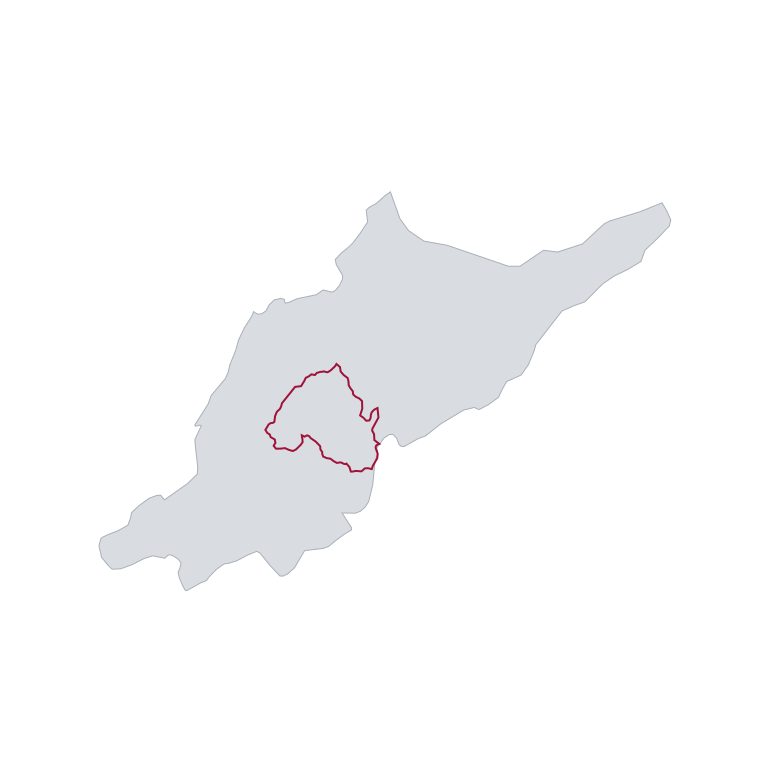 Shida Kartli on a map of Georgia (Mercator projection), rotated 123°
{"feature_id": "GEO-3039", "entity_name": "Shida Kartli", "entity_type": "Region", "adm_level": 1, "iso_a3": "GEO", "parent_name": "Georgia", "parent_adm1": "", "projection": "mercator", "projection_center": [44.031, 42.172], "detail": "fine", "context": "in_parent", "style": "outline", "palette": "rose", "viewbox_px": 768, "rotation_deg": 123, "n_neighbors": 0, "source": "natural_earth", "source_scale": "10m", "svg_char_len": 3607}
<svg xmlns="http://www.w3.org/2000/svg" viewBox="0 0 768 768"><g transform="rotate(123 384 384)"><path d="M394.3,532.8L394.5,530.5L393.8,527.0L391.0,524.5L387.0,522.8L379.8,523.4L373.1,521.7L368.4,517.2L367.3,513.8L370.0,511.0L368.0,508.7L359.7,503.2L346.0,489.4L338.3,486.3L335.3,477.7L332.2,475.8L325.7,475.0L318.9,475.9L317.4,476.8L315.3,478.2L309.9,489.0L306.1,492.7L296.9,491.0L289.2,488.4L283.0,487.0L270.9,486.1L257.1,485.9L247.9,493.6L243.9,492.6L236.8,488.8L225.5,485.7L219.4,483.3L236.8,460.5L242.0,446.9L242.2,438.7L242.4,428.3L233.3,406.7L225.6,376.0L217.5,343.8L211.2,334.1L184.9,323.0L178.8,310.3L158.4,293.8L130.1,286.7L124.5,283.6L99.8,262.9L80.6,249.5L84.7,241.4L90.2,232.8L96.2,230.8L113.6,234.1L129.6,238.0L141.3,235.2L155.2,242.0L168.0,249.7L180.7,255.1L205.7,260.3L215.0,267.4L225.8,274.5L268.4,278.1L271.8,277.0L274.9,276.0L289.2,273.4L301.8,273.9L315.2,282.5L323.7,282.0L332.8,280.7L344.5,285.2L353.7,290.4L354.5,295.5L362.6,303.1L386.0,314.5L405.1,321.0L411.0,325.5L425.4,333.0L426.9,335.4L426.6,338.4L422.5,344.0L421.4,349.0L423.4,351.9L429.4,354.6L441.3,355.2L445.6,351.7L454.5,349.1L463.2,344.5L475.0,338.4L491.0,332.8L497.4,332.8L503.6,334.5L507.9,337.6L515.0,349.0L522.2,333.0L524.1,331.8L530.7,335.1L542.3,339.5L550.3,341.9L554.7,345.2L567.0,359.8L586.8,359.0L595.2,361.2L599.7,363.7L601.7,366.5L598.2,380.9L593.3,396.0L593.7,399.6L601.7,405.2L612.5,411.2L618.3,416.0L622.3,420.3L630.8,423.6L640.9,425.6L645.7,425.9L650.7,429.5L663.7,436.3L665.4,437.9L663.2,442.3L658.0,450.2L653.9,454.2L649.3,454.9L644.7,456.7L643.1,460.9L642.9,466.4L643.7,470.3L644.9,471.8L649.5,473.0L654.1,484.5L661.3,490.3L672.6,496.8L682.5,504.3L687.4,511.2L686.5,516.1L683.2,526.5L674.9,535.0L667.9,537.2L665.5,536.4L661.0,533.7L651.8,527.1L641.9,521.9L634.3,523.6L629.3,525.6L619.4,523.2L607.7,518.7L601.6,514.2L598.9,510.9L600.7,505.0L574.1,494.4L561.3,491.5L555.5,494.7L535.9,510.7L533.6,512.3L518.7,514.5L518.7,515.8L522.1,519.2L521.4,520.3L496.3,520.6L488.0,522.7L465.8,520.0L458.4,521.2L452.1,523.7L436.9,526.6L426.4,529.9L413.0,531.7L399.1,531.8L394.3,532.8Z" fill="#d9dde1" stroke="#a8b0b8" stroke-width="1"/><path d="M436.8,355.3L438.0,356.2L439.7,357.0L441.4,356.7L442.7,355.6L445.0,352.4L446.2,351.1L450.1,349.2L458.8,348.8L462.0,347.9L462.2,348.3L463.3,351.5L465.2,354.1L469.5,355.3L472.5,360.7L474.1,362.1L475.5,364.1L472.5,367.7L471.2,372.1L472.2,372.7L472.8,374.0L473.0,375.9L473.4,377.8L474.6,379.1L475.9,380.7L476.1,384.4L475.8,388.3L477.3,391.5L478.0,395.4L476.5,397.5L474.6,398.9L474.0,400.6L473.2,402.0L472.0,402.8L470.9,403.8L469.5,409.8L469.3,416.1L468.5,418.5L468.9,420.5L471.4,421.9L471.8,425.0L473.1,423.9L474.5,422.5L477.1,420.6L480.2,420.7L486.7,422.1L489.8,423.9L490.1,424.8L490.2,425.1L491.0,427.7L491.7,432.1L494.6,435.6L497.1,439.4L495.9,442.9L492.5,443.0L490.0,445.4L490.3,450.1L488.6,452.2L488.6,455.3L487.1,458.5L480.8,458.7L478.7,457.9L477.2,456.1L475.6,455.3L470.1,457.9L465.7,458.7L461.5,457.7L458.6,458.1L455.8,459.1L434.8,457.0L431.0,452.4L424.9,452.5L421.5,453.0L418.4,451.2L415.4,450.1L414.1,446.8L411.3,446.4L408.2,443.7L407.3,442.3L406.1,441.3L405.6,439.3L404.8,437.6L401.5,436.1L395.7,434.7L393.1,434.8L393.8,430.1L397.1,427.2L398.4,422.8L398.8,417.7L401.3,415.1L404.3,412.9L405.9,409.7L407.1,406.2L408.6,405.0L409.1,404.5L409.2,404.4L409.6,403.9L410.1,400.7L409.6,396.8L410.0,394.6L410.3,393.1L412.2,391.8L416.5,388.8L423.4,386.9L423.5,382.9L424.5,378.9L422.5,376.4L419.6,376.8L417.1,378.2L414.5,378.9L411.0,378.3L407.7,376.4L415.1,370.4L427.7,369.4L429.5,368.6L431.5,365.0L436.3,361.5L436.8,355.3Z" fill="none" stroke="#9f1239" stroke-width="2"/></g></svg>